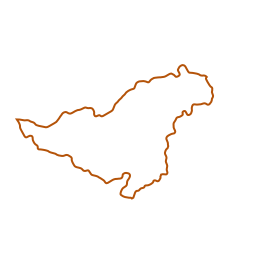 Janico, Santiago, Dominican Republic (Natural Earth projection), rotated 60°
{"feature_id": "3306468B30631228592753", "entity_name": "Janico", "entity_type": "district", "adm_level": 2, "iso_a3": "DOM", "parent_name": "Dominican Republic", "parent_adm1": "Santiago", "projection": "natural_earth1", "projection_center": [-70.782, 19.24], "detail": "fine", "context": "isolated", "style": "outline", "palette": "amber", "viewbox_px": 256, "rotation_deg": 60, "n_neighbors": 0, "source": "geoboundaries", "source_scale": "gbopen_adm2", "svg_char_len": 5866}
<svg xmlns="http://www.w3.org/2000/svg" viewBox="0 0 256 256"><g transform="rotate(60 128 128)"><path d="M163.8,102.2L162.5,101.8L161.0,101.0L160.3,100.8L159.6,100.7L157.5,100.4L156.8,100.3L156.2,100.0L155.6,99.5L155.2,98.9L154.9,98.2L154.8,97.3L154.7,96.5L154.8,94.7L154.9,93.4L155.1,92.6L155.7,90.7L155.6,90.1L155.3,89.5L154.9,89.0L154.6,88.9L153.9,88.6L151.5,88.4L150.4,88.2L147.7,86.8L147.1,86.4L146.6,85.9L146.2,85.3L145.2,83.3L143.7,81.1L143.5,80.4L143.5,79.7L144.0,78.2L144.2,77.1L144.2,75.9L144.1,74.8L143.9,74.1L143.5,73.7L142.2,73.2L141.7,72.9L141.5,72.6L141.3,72.0L141.3,71.3L141.4,71.0L141.7,70.3L142.3,70.0L143.3,69.9L145.5,70.0L146.2,69.9L146.5,69.7L146.8,69.5L147.1,68.9L147.3,68.1L147.2,67.4L147.1,66.6L146.9,66.3L146.5,65.6L145.9,65.0L145.1,64.1L144.4,63.7L142.8,62.9L142.2,62.5L141.1,61.4L140.7,60.8L140.4,60.1L140.4,59.4L140.7,58.7L142.0,56.9L142.4,56.2L143.8,53.2L144.0,52.5L144.4,50.6L144.8,49.5L145.2,49.0L145.7,48.5L147.3,47.6L147.8,47.1L148.0,46.5L148.1,45.9L148.0,45.3L147.2,43.4L146.9,42.7L146.4,42.2L146.0,41.7L144.7,40.7L143.8,39.3L143.4,38.8L142.6,38.2L141.9,38.0L139.8,37.6L138.9,37.4L138.4,37.0L137.6,36.3L135.8,35.2L135.2,35.1L134.9,35.1L133.2,35.8L131.7,36.0L128.0,36.1L125.6,36.0L124.5,35.9L123.9,35.6L123.5,35.1L123.2,34.3L121.9,34.7L121.1,35.3L120.4,36.1L119.8,37.4L119.2,38.3L118.5,39.0L117.3,39.6L116.6,40.1L115.4,41.2L114.0,42.8L112.6,44.5L111.9,45.5L111.1,46.7L110.7,47.2L110.4,47.4L109.7,47.6L109.0,47.7L104.1,47.6L103.4,47.6L102.6,47.8L101.9,48.1L101.4,48.6L100.9,49.1L100.6,49.9L100.5,51.1L100.6,51.9L100.7,52.7L101.2,53.6L101.9,54.8L102.5,55.6L102.8,55.8L103.5,56.0L106.4,56.1L107.0,56.3L107.4,56.4L107.7,56.6L107.9,57.0L108.1,57.3L108.2,58.1L108.2,59.3L108.0,60.1L107.9,60.4L107.4,61.0L106.8,61.2L105.2,61.6L104.6,61.9L103.0,62.9L102.5,63.3L102.4,63.6L102.1,64.4L102.0,65.2L102.0,69.5L101.9,70.3L101.7,71.2L100.9,73.2L100.3,74.6L99.3,76.5L98.7,77.9L98.0,79.5L97.6,80.7L97.6,82.1L97.6,83.4L97.9,84.7L98.4,85.9L98.6,86.5L98.7,87.2L98.6,87.5L98.3,88.0L96.5,89.5L95.7,90.4L95.0,91.3L93.4,94.7L93.2,95.4L93.1,96.6L93.2,97.8L93.5,98.6L94.2,99.6L96.3,102.1L96.7,102.7L96.8,103.1L96.8,103.8L96.3,105.7L96.1,106.9L96.0,109.1L96.2,110.9L96.3,111.7L97.3,114.1L97.9,116.8L98.7,118.8L99.3,121.5L99.5,122.2L100.2,123.9L100.8,126.6L101.1,127.3L101.5,128.0L104.1,131.3L104.6,132.0L104.9,132.8L105.1,134.0L105.1,135.8L105.1,142.1L105.1,143.4L105.0,144.2L104.7,144.9L104.5,145.2L104.1,145.5L102.8,146.2L102.5,146.6L102.3,147.3L102.0,149.5L101.6,150.2L101.4,150.4L101.1,150.6L100.4,150.7L99.5,150.6L98.8,150.3L97.4,149.4L96.3,149.1L94.7,149.0L93.5,149.2L92.9,149.5L92.1,150.3L91.7,150.9L91.1,152.2L90.8,152.7L90.1,153.5L89.2,154.3L88.8,154.9L88.6,156.0L88.4,159.0L88.2,160.2L88.0,161.0L87.3,162.7L87.2,163.5L87.0,165.2L87.0,168.7L86.9,169.6L86.8,170.4L86.5,171.1L85.8,171.9L85.3,172.3L83.9,173.1L83.1,173.8L82.8,174.5L82.7,174.8L82.5,175.6L82.5,176.8L82.8,177.9L83.6,179.5L84.2,181.0L85.2,182.9L85.8,184.3L86.5,186.0L86.9,187.1L87.0,189.3L87.0,195.0L86.9,196.9L86.7,197.9L86.2,198.9L85.4,199.8L81.6,204.1L80.2,205.4L79.6,205.9L79.0,206.2L77.0,206.6L76.3,206.9L75.7,207.3L73.6,209.2L72.1,210.0L71.5,210.5L71.1,211.0L70.7,211.6L70.1,212.9L69.6,213.9L66.5,217.6L65.0,220.0L68.3,219.8L70.6,220.0L71.8,220.3L73.6,221.2L74.3,221.4L75.1,221.5L77.1,221.6L83.4,221.7L84.4,221.5L85.0,221.1L85.2,220.8L85.4,220.1L85.5,217.9L85.7,216.8L85.9,216.5L86.3,215.9L86.8,215.4L87.1,215.3L87.8,215.2L88.4,215.3L90.5,216.3L91.2,216.5L92.3,216.6L93.8,216.7L95.2,216.5L95.9,216.3L97.4,215.6L98.0,215.4L99.0,215.5L100.5,216.3L101.1,216.3L101.4,216.2L101.9,215.9L103.0,214.2L104.5,212.3L105.9,210.7L107.0,209.6L107.9,208.8L109.5,208.0L110.1,207.5L110.9,206.8L113.4,204.3L114.2,203.6L115.5,203.0L116.1,202.5L117.0,201.8L118.0,200.6L119.0,199.4L119.6,198.4L119.9,197.7L120.3,195.4L120.6,194.7L121.2,193.9L121.8,193.4L124.4,192.0L125.1,191.8L125.7,191.8L126.4,192.0L127.5,192.7L128.1,192.9L129.6,193.2L131.4,193.3L133.3,193.3L134.4,193.2L135.1,192.9L135.7,192.5L136.3,192.0L138.4,189.8L139.3,189.0L140.2,188.5L142.2,188.0L142.6,187.9L143.1,187.5L143.6,186.9L143.9,186.3L144.4,184.4L144.7,183.8L145.0,183.6L145.3,183.4L145.9,183.3L149.1,183.1L150.1,182.9L150.8,182.5L151.3,182.0L153.5,179.7L154.3,179.0L154.9,178.5L156.2,177.9L157.6,177.0L161.0,175.3L162.0,175.0L163.7,174.9L164.6,174.6L164.9,174.4L165.1,174.1L165.2,173.7L165.4,173.0L165.4,171.8L165.3,167.4L165.4,166.1L165.6,165.3L165.8,164.5L166.6,162.9L167.2,161.5L167.8,160.3L168.0,159.6L168.1,159.3L168.0,158.5L168.0,158.1L167.6,157.5L167.0,156.8L166.0,156.1L165.6,155.6L165.4,154.9L165.4,153.8L165.5,153.0L166.1,151.9L167.1,150.7L168.0,150.0L168.7,149.8L169.5,149.8L170.2,150.1L170.8,150.5L171.6,151.4L172.2,152.4L172.6,153.1L173.2,154.5L173.8,155.3L174.6,156.0L175.7,156.7L176.5,157.4L176.9,157.9L177.2,158.6L177.3,159.4L177.5,162.2L177.9,163.4L178.5,164.4L179.4,165.7L180.5,166.8L181.3,167.4L181.9,167.6L182.5,167.5L184.5,166.5L185.1,166.1L186.3,165.1L187.8,163.3L188.8,162.1L189.5,160.9L189.9,160.4L190.4,160.1L191.0,159.9L191.0,158.2L187.6,154.3L187.2,153.7L186.9,153.0L186.8,152.7L186.8,152.0L187.4,150.6L187.5,150.0L187.4,149.4L186.9,147.9L186.8,146.8L187.0,146.1L187.4,144.9L187.5,144.0L187.3,143.4L186.6,142.5L186.5,142.0L186.6,141.4L187.4,139.8L187.7,139.0L187.9,137.7L188.0,136.4L187.9,135.1L187.7,133.9L187.4,133.3L186.6,132.4L186.5,131.8L186.5,131.5L186.8,130.9L187.2,130.4L187.7,130.0L188.4,129.5L188.9,129.0L189.1,128.4L189.1,127.7L188.7,126.8L187.7,125.1L187.3,124.7L186.4,124.3L184.9,122.6L185.2,121.5L185.5,120.8L187.0,118.6L187.3,118.0L187.3,117.6L187.1,117.0L186.7,116.5L186.2,116.1L185.9,116.0L183.9,115.5L183.3,115.2L182.7,114.8L180.9,113.3L180.3,112.9L179.2,112.6L176.7,112.2L176.0,112.0L175.1,111.4L173.4,109.8L172.7,109.4L171.7,109.1L169.2,108.9L168.1,108.5L167.5,108.0L166.4,106.8L166.0,106.2L165.6,105.4L165.3,103.9L163.8,102.2Z" fill="none" stroke="#b45309" stroke-width="2"/></g></svg>